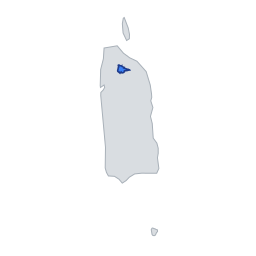 Juncos, Puerto Rico shown in context, rotated 263°
{"feature_id": "32010507B4476069881606", "entity_name": "Juncos", "entity_type": "district", "adm_level": 2, "iso_a3": "PRI", "parent_name": "Puerto Rico", "parent_adm1": "", "projection": "robinson", "projection_center": [-65.917, 18.206], "detail": "fine", "context": "in_parent", "style": "filled", "palette": "blue", "viewbox_px": 256, "rotation_deg": 263, "n_neighbors": 0, "source": "geoboundaries", "source_scale": "gbopen_adm2", "svg_char_len": 2494}
<svg xmlns="http://www.w3.org/2000/svg" viewBox="0 0 256 256"><g transform="rotate(263 128 128)"><path d="M168.6,107.9L171.1,109.8L173.6,109.5L171.6,105.6L173.5,105.6L189.4,108.0L199.7,112.0L210.3,114.0L210.9,127.3L202.8,132.6L197.5,138.2L193.2,145.0L181.8,152.9L168.0,155.3L158.9,155.5L155.5,155.3L152.2,153.9L145.3,155.2L136.8,151.7L129.5,152.6L114.9,151.8L109.5,154.8L104.3,155.5L99.2,154.9L94.9,153.6L84.1,153.7L79.6,151.0L81.5,135.9L81.6,129.0L79.0,123.3L76.1,119.8L74.0,115.6L78.3,112.8L81.7,108.7L82.8,102.7L86.6,101.2L91.1,100.5L111.6,103.3L163.6,104.9L166.6,105.4L168.6,107.9ZM227.2,140.4L220.7,140.9L216.4,140.2L215.0,137.3L222.9,134.7L232.2,135.1L237.5,136.7L238.1,137.7L227.2,140.4ZM23.3,144.7L22.5,144.8L21.7,144.7L21.4,144.5L20.8,143.6L18.4,142.2L17.9,140.8L18.4,139.5L19.4,138.9L24.2,138.7L24.7,138.9L25.7,139.8L25.7,140.5L25.2,141.2L24.4,142.9L24.0,143.3L23.7,143.7L23.6,144.5L23.3,144.7Z" fill="#d9dde1" stroke="#a8b0b8" stroke-width="1"/><path d="M191.6,126.1L191.3,126.0L191.2,125.9L190.9,125.9L190.6,126.0L190.4,126.2L190.2,126.2L189.8,126.3L189.5,125.9L189.3,125.9L189.2,125.9L188.8,125.5L188.6,125.4L187.9,125.5L187.7,125.3L187.4,125.2L187.2,125.0L186.8,125.1L186.3,124.7L186.2,124.7L185.6,124.7L185.4,124.8L185.1,125.0L184.8,125.4L184.8,125.6L184.6,125.6L184.3,126.5L184.2,126.5L184.1,126.3L184.0,126.2L183.9,126.2L183.8,126.3L183.9,126.6L183.7,126.7L183.9,126.8L183.8,127.1L183.6,127.1L183.7,127.4L183.8,127.4L183.9,127.5L184.1,127.6L184.1,127.8L184.2,127.7L184.2,127.9L184.4,128.1L184.2,128.2L184.0,128.3L184.0,128.2L183.7,128.3L183.7,128.1L183.6,128.3L183.6,128.5L183.4,128.5L183.6,128.6L183.6,128.8L183.4,128.9L183.4,129.2L183.4,129.4L183.4,129.5L183.4,129.8L183.5,130.0L183.7,130.3L183.7,130.5L184.2,130.9L184.2,131.1L184.3,131.1L184.5,131.2L184.6,131.4L184.7,131.5L184.9,131.7L185.2,131.6L185.2,132.0L185.3,132.2L185.3,132.3L185.2,132.8L185.4,132.9L185.4,133.0L185.4,133.5L185.1,133.4L185.1,134.0L185.1,134.4L185.2,134.5L185.2,134.8L185.3,135.8L185.3,136.6L185.3,136.8L185.5,136.7L185.7,136.3L186.0,135.6L186.1,135.4L186.2,135.1L186.3,135.1L186.3,134.7L186.5,134.5L186.5,134.3L186.6,134.2L186.8,133.7L187.1,133.3L187.4,132.8L187.4,132.7L187.5,132.1L187.7,131.9L187.8,131.7L188.0,131.2L188.1,131.3L188.4,131.3L188.5,131.3L188.7,131.5L189.1,130.6L189.3,130.4L189.8,129.8L189.8,129.7L190.2,129.4L190.3,129.4L190.2,129.3L190.4,129.2L190.5,128.7L190.8,128.0L191.2,127.3L191.7,126.7L191.6,126.2L191.6,126.1Z" fill="#3b82f6" stroke="#1e3a8a" stroke-width="1.5"/></g></svg>